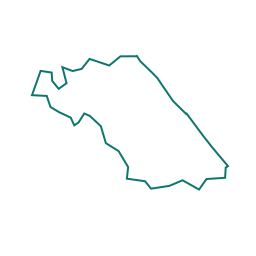 Bagat, Khorezm, Uzbekistan, rotated 233°
{"feature_id": "79887680B39463987044413", "entity_name": "Bagat", "entity_type": "district", "adm_level": 2, "iso_a3": "UZB", "parent_name": "Uzbekistan", "parent_adm1": "Khorezm", "projection": "orthographic", "projection_center": [60.845, 41.311], "detail": "fine", "context": "isolated", "style": "outline", "palette": "teal", "viewbox_px": 256, "rotation_deg": 233, "n_neighbors": 0, "source": "geoboundaries", "source_scale": "gbopen_adm2", "svg_char_len": 693}
<svg xmlns="http://www.w3.org/2000/svg" viewBox="0 0 256 256"><g transform="rotate(233 128 128)"><path d="M212.0,71.1L202.5,82.4L191.4,78.7L182.1,82.5L170.8,88.5L162.5,86.7L162.1,91.6L165.9,101.8L160.6,104.8L145.8,107.4L129.2,101.2L115.2,106.6L96.7,104.6L88.2,96.6L75.2,109.6L65.7,109.9L56.9,126.2L53.4,140.1L36.1,147.7L40.0,160.0L29.8,175.6L37.6,182.2L37.4,184.9L61.7,183.6L77.6,183.3L104.2,183.5L104.2,182.9L122.3,180.2L142.8,181.1L150.3,181.5L158.0,180.5L173.8,178.0L180.2,178.4L180.2,177.9L189.8,165.1L189.2,150.6L206.3,138.9L203.1,126.6L206.8,118.1L216.0,112.2L200.8,105.9L201.0,96.2L211.2,95.8L218.2,100.4L226.2,92.6L212.0,71.1Z" fill="none" stroke="#0f766e" stroke-width="2"/></g></svg>